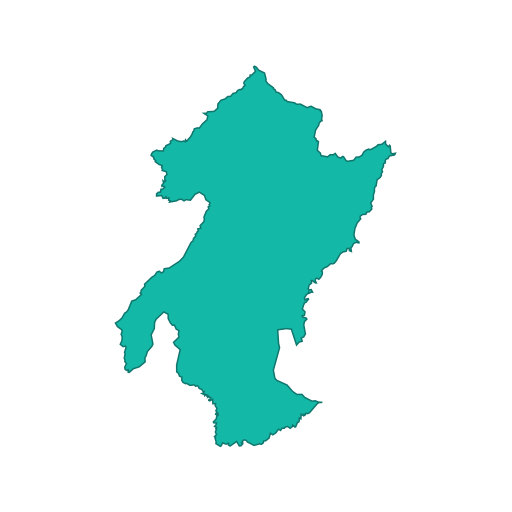 outline of Nam Nao, Phetchabun, Thailand, rotated 41°
{"feature_id": "78962969B52588762248299", "entity_name": "Nam Nao", "entity_type": "district", "adm_level": 2, "iso_a3": "THA", "parent_name": "Thailand", "parent_adm1": "Phetchabun", "projection": "natural_earth1", "projection_center": [101.615, 16.847], "detail": "fine", "context": "isolated", "style": "filled", "palette": "teal", "viewbox_px": 512, "rotation_deg": 41, "n_neighbors": 0, "source": "geoboundaries", "source_scale": "gbopen_adm2", "svg_char_len": 6153}
<svg xmlns="http://www.w3.org/2000/svg" viewBox="0 0 512 512"><g transform="rotate(41 256 256)"><path d="M368.1,410.3L369.2,409.0L369.2,406.5L367.8,406.5L368.4,405.6L367.2,404.8L367.6,402.6L369.5,401.6L371.5,402.0L378.8,400.2L382.0,395.3L383.5,394.7L384.1,392.5L383.2,390.4L384.5,389.2L385.3,384.8L383.2,380.4L386.0,379.9L387.0,376.6L386.6,372.0L389.0,371.5L388.6,368.9L390.3,367.5L390.5,365.5L391.8,363.9L394.8,363.6L395.4,360.4L394.7,359.6L397.6,359.6L398.0,359.0L396.5,354.4L397.1,353.5L396.9,352.3L395.0,349.9L396.7,349.5L393.9,345.8L396.6,345.4L396.2,344.2L397.1,344.6L397.4,343.7L396.8,342.1L398.2,341.3L399.2,339.2L399.1,327.5L399.6,325.4L402.1,322.9L399.0,325.3L395.7,326.4L393.5,328.8L385.4,330.8L381.5,330.3L377.6,333.7L372.4,334.2L364.1,333.0L353.4,336.2L350.5,335.9L344.0,330.8L333.9,309.7L330.5,307.3L320.8,297.5L326.4,291.0L330.7,288.0L345.0,296.6L345.0,292.8L346.8,290.0L344.0,288.3L345.1,285.7L344.4,282.4L337.3,276.7L335.6,273.8L335.8,270.3L334.5,269.9L331.2,271.5L330.1,270.7L331.4,268.9L329.6,266.0L325.7,265.6L323.3,259.7L324.1,258.3L324.0,254.2L323.4,253.9L322.4,255.1L321.9,257.1L320.0,255.8L319.4,251.7L320.1,249.8L319.5,248.6L320.7,249.0L321.3,247.2L322.4,246.2L319.7,245.1L318.6,246.5L317.1,246.7L315.2,243.2L315.7,239.9L313.9,238.3L314.3,237.6L318.4,237.4L319.2,236.7L316.7,235.7L316.0,234.1L316.5,232.8L318.7,232.3L318.8,229.7L318.1,226.5L316.5,224.4L315.2,224.4L315.1,222.4L315.4,219.9L316.8,217.2L317.4,212.6L318.9,211.8L319.8,210.2L319.7,206.6L318.2,199.1L318.9,196.0L321.0,193.2L319.8,190.7L321.3,189.1L323.0,190.7L325.0,190.0L322.1,187.4L322.4,185.8L321.4,182.8L322.5,180.1L325.1,178.6L324.4,177.8L319.9,178.2L316.1,175.9L312.7,170.5L310.7,164.8L310.6,159.2L309.1,158.6L308.5,157.5L309.3,154.6L311.5,152.5L310.9,150.1L312.5,148.3L312.6,144.6L311.1,143.6L311.1,142.4L307.8,140.7L307.3,136.0L304.7,133.2L303.1,129.6L301.2,127.5L300.4,125.5L300.7,124.4L297.4,119.1L298.2,115.1L297.8,112.9L296.5,111.7L296.2,109.4L294.1,108.1L293.5,104.9L291.7,102.9L292.5,100.8L290.8,99.1L290.7,97.2L291.7,95.9L291.0,93.1L294.3,88.8L293.8,87.0L291.9,89.4L290.1,89.7L285.2,85.0L284.2,84.8L284.3,86.7L280.5,86.5L278.5,84.5L277.7,89.1L275.1,92.0L275.0,94.1L273.1,99.5L272.3,101.0L270.9,101.4L269.5,104.2L269.1,106.7L269.9,110.5L268.9,113.6L266.7,115.7L266.9,119.8L262.8,124.6L261.2,124.9L256.8,123.6L256.0,124.1L255.7,126.4L252.9,127.6L248.5,126.6L247.9,128.9L245.5,130.9L245.0,134.2L239.1,137.6L237.1,136.1L232.9,136.0L228.2,128.8L227.0,128.7L226.1,129.5L224.3,128.1L221.9,128.1L218.3,121.8L217.6,116.4L216.5,114.3L216.4,111.9L217.1,110.5L215.7,109.7L213.9,106.7L210.3,103.9L209.4,104.3L208.4,103.5L204.8,105.6L199.2,106.9L197.3,110.5L189.9,112.2L187.2,114.8L184.6,115.1L178.2,119.0L176.5,118.7L175.2,119.5L169.4,117.6L165.9,117.9L163.4,119.1L161.1,117.9L159.6,118.4L158.8,117.6L151.6,118.2L148.0,117.1L147.7,116.0L142.4,112.3L136.1,114.0L132.2,113.3L130.3,113.8L130.2,114.9L134.5,117.0L134.0,122.7L132.9,123.2L134.0,125.2L132.9,127.0L132.8,132.1L133.4,133.6L135.8,134.4L135.4,136.3L136.1,138.6L135.4,139.5L135.6,140.5L134.5,141.0L133.5,143.2L133.9,145.8L132.0,148.4L132.1,152.3L130.1,154.1L129.6,157.8L127.4,161.4L127.5,166.2L130.1,169.5L129.6,174.2L124.9,178.9L125.0,180.7L123.1,182.5L127.8,181.9L129.6,185.4L128.9,191.3L129.3,196.6L127.7,197.8L126.0,200.5L127.0,202.5L126.9,204.0L127.7,205.5L128.4,209.3L128.3,214.9L126.6,214.6L127.5,216.2L125.8,216.8L125.1,218.3L121.7,220.5L116.2,221.9L117.0,222.3L116.1,225.7L117.7,227.1L115.6,231.9L116.2,232.9L115.8,235.4L117.2,237.5L113.0,240.9L111.7,241.1L109.9,245.3L110.2,247.5L110.8,248.9L114.1,248.6L115.3,249.8L117.7,249.8L118.0,250.9L122.9,250.5L125.9,249.3L126.6,251.1L129.0,252.2L129.1,253.0L133.0,251.2L135.4,253.0L135.1,256.0L137.6,258.7L138.5,258.6L138.2,260.2L136.6,260.2L138.4,261.5L138.5,264.4L139.5,265.2L140.5,263.9L142.0,263.8L141.8,266.5L140.5,268.0L142.0,270.5L140.5,271.9L140.2,274.3L141.6,276.0L145.2,272.2L148.0,273.5L149.1,272.4L149.2,270.4L150.5,271.4L152.2,269.3L153.4,271.2L155.1,270.5L155.4,272.0L159.8,266.5L160.8,263.8L162.6,262.0L165.5,261.6L166.2,259.4L169.9,256.9L169.5,249.5L171.3,245.0L177.3,244.1L181.3,246.4L185.8,245.9L186.8,246.5L186.9,248.0L188.3,248.7L187.7,250.3L189.5,251.5L189.1,254.7L191.2,260.8L192.8,262.0L194.1,264.3L193.9,269.8L196.1,271.2L194.3,273.7L195.9,274.9L195.8,276.8L196.4,277.8L195.9,279.5L197.5,280.5L197.3,283.7L198.5,285.8L198.1,288.4L202.0,304.5L201.7,310.3L198.4,322.0L195.1,325.8L196.5,328.5L196.0,330.2L195.1,331.0L193.1,330.9L191.8,333.0L192.3,337.2L191.3,340.5L190.4,350.4L192.1,351.9L191.8,357.1L192.9,358.6L192.9,360.0L194.8,360.1L193.9,368.0L191.8,371.5L194.8,380.3L195.1,382.9L194.4,385.2L195.5,390.5L195.2,394.3L193.9,398.8L197.7,400.2L203.1,399.7L204.7,401.1L205.5,403.5L208.0,404.8L210.4,407.9L211.5,411.7L215.2,411.6L216.5,409.7L217.8,410.0L220.0,415.0L221.3,415.6L223.7,419.7L225.3,420.3L226.2,421.7L228.8,422.2L229.9,426.1L231.6,427.4L233.4,427.2L234.1,425.7L235.0,426.1L235.5,427.5L236.7,427.1L237.4,421.5L240.6,416.2L241.8,408.6L238.9,405.7L238.6,403.6L236.7,399.4L236.7,392.6L236.0,390.1L228.6,384.3L226.9,377.6L223.0,372.6L222.1,369.2L223.1,358.7L227.9,357.6L230.9,360.9L235.4,362.7L238.3,363.1L239.9,361.7L243.7,363.5L246.8,362.9L248.6,365.9L251.1,367.7L250.4,375.2L253.2,376.4L260.2,376.4L267.6,390.3L272.2,395.5L274.5,395.4L277.1,396.9L279.5,396.0L281.4,398.4L283.8,399.3L286.6,398.6L287.3,397.6L291.0,397.0L293.9,393.8L296.0,393.9L296.5,392.6L297.9,392.2L300.0,393.2L302.7,392.3L305.4,393.1L305.9,392.5L306.2,394.1L305.4,395.2L307.3,394.8L307.9,393.9L309.0,395.0L309.3,393.4L310.1,393.0L310.9,393.9L311.4,392.8L312.0,393.0L312.4,394.2L313.0,393.1L314.9,392.6L315.2,394.3L314.7,395.3L315.1,396.0L316.2,395.6L317.3,392.6L320.4,395.8L322.4,394.0L323.4,395.8L326.6,396.6L327.3,399.2L330.2,399.7L329.0,401.0L329.2,401.9L330.7,401.9L331.8,400.1L331.6,402.9L332.9,405.1L332.7,409.3L333.5,409.6L335.8,408.0L336.6,409.6L336.5,411.8L338.8,411.2L339.0,412.8L339.8,412.8L340.8,415.5L343.3,416.6L343.2,419.6L344.5,419.4L344.6,420.3L348.0,422.5L348.8,423.9L353.9,423.1L354.3,422.2L353.4,419.0L356.9,417.6L358.1,415.4L359.2,416.7L361.1,416.4L363.1,408.7L368.1,410.3Z" fill="#14b8a6" stroke="#0f766e" stroke-width="1.5"/></g></svg>